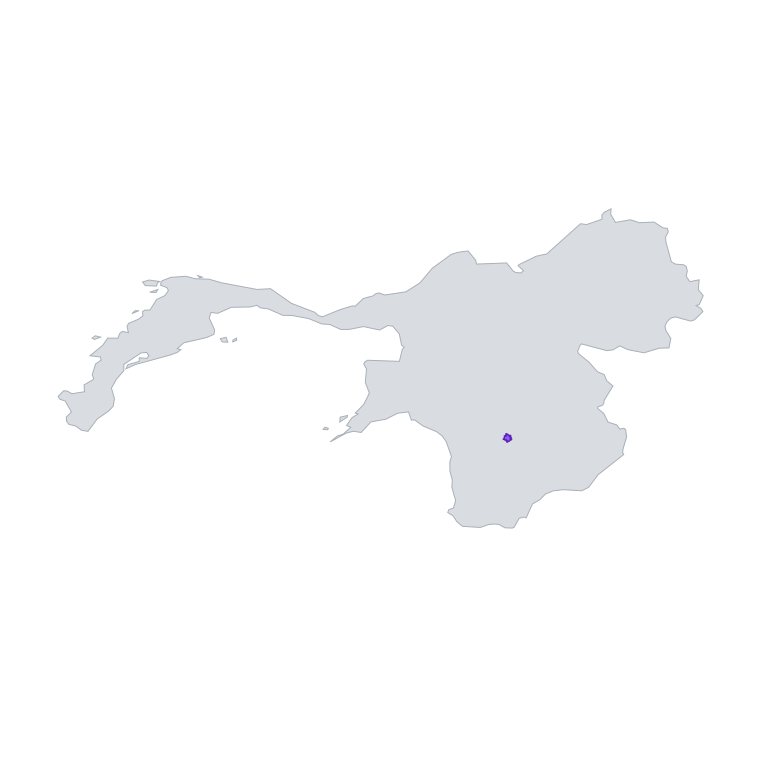 Na Dun, Maha Sarakham, Thailand shown in context, rotated 85°
{"feature_id": "78962969B11651744755844", "entity_name": "Na Dun", "entity_type": "district", "adm_level": 2, "iso_a3": "THA", "parent_name": "Thailand", "parent_adm1": "Maha Sarakham", "projection": "natural_earth1", "projection_center": [103.237, 15.719], "detail": "fine", "context": "in_parent", "style": "filled", "palette": "violet", "viewbox_px": 768, "rotation_deg": 85, "n_neighbors": 0, "source": "geoboundaries", "source_scale": "gbopen_adm2", "svg_char_len": 5372}
<svg xmlns="http://www.w3.org/2000/svg" viewBox="0 0 768 768"><g transform="rotate(85 384 384)"><path d="M332.4,63.1L333.0,66.2L336.0,62.1L339.7,60.0L347.2,69.2L348.0,73.2L342.6,87.8L343.4,92.8L346.8,96.8L351.0,99.1L355.4,98.5L363.7,94.3L372.9,97.0L372.3,106.7L375.6,122.2L371.0,138.1L366.6,145.8L369.9,152.7L370.2,159.1L361.3,183.7L363.0,185.6L368.6,188.3L370.9,187.4L380.2,177.8L390.5,170.2L393.7,163.9L400.2,161.8L406.0,156.1L419.3,166.0L422.8,166.9L424.5,168.6L425.2,172.7L426.9,173.4L432.4,167.7L441.5,164.1L445.1,155.6L449.4,153.1L449.0,148.9L450.3,147.3L457.8,146.9L469.2,151.4L473.2,152.3L475.1,151.3L493.0,178.6L504.7,189.1L507.6,196.2L504.9,214.6L505.2,225.0L507.8,233.0L512.7,238.6L516.4,246.5L529.8,254.1L528.7,256.1L529.6,261.1L538.0,266.8L538.7,268.7L537.8,276.1L533.9,281.7L533.1,286.3L533.1,292.0L535.3,300.6L532.6,318.3L527.6,323.3L521.1,326.9L517.6,331.7L514.9,330.5L513.6,325.6L506.4,322.8L492.6,325.4L485.7,324.3L476.5,325.9L467.4,325.2L462.1,323.1L447.0,327.0L440.7,330.6L436.1,335.7L429.3,348.7L422.4,356.7L422.4,359.9L413.9,362.0L414.3,373.0L419.2,385.1L420.6,400.3L430.3,411.0L428.4,418.5L429.6,425.8L437.0,442.7L431.6,434.7L430.5,429.2L424.2,420.8L422.1,425.0L414.7,418.7L411.6,412.4L410.4,415.2L403.1,406.4L395.6,401.6L391.4,399.4L380.9,402.5L367.5,400.1L362.3,402.4L360.2,401.0L358.9,398.3L362.8,366.7L351.2,362.8L349.2,360.7L346.7,363.1L335.4,364.4L327.2,370.2L326.1,375.0L329.8,383.7L325.0,399.4L326.6,414.2L325.9,422.3L320.1,432.6L318.7,440.8L312.2,453.4L307.8,469.4L306.8,478.7L299.1,492.8L297.3,500.7L294.5,503.7L295.6,510.1L294.3,529.5L299.1,543.6L297.7,550.1L303.0,552.4L315.5,548.0L319.7,549.1L322.3,556.8L325.5,579.9L330.8,586.9L332.1,583.4L334.5,587.1L336.4,594.0L343.0,630.3L346.4,639.8L342.4,637.4L340.2,625.9L336.6,625.5L337.8,618.3L335.5,615.7L331.8,617.7L331.9,623.4L341.8,641.5L348.0,642.0L355.8,650.0L364.3,655.9L375.1,653.8L382.5,655.7L386.9,660.6L393.9,672.8L405.4,683.1L403.6,689.5L399.1,694.6L396.7,701.4L393.6,703.4L389.3,703.4L384.7,697.8L373.3,703.0L370.8,708.3L367.9,709.7L362.9,703.8L363.3,700.5L366.5,695.6L365.6,683.0L358.8,682.9L354.3,673.5L352.8,672.6L349.6,674.0L338.8,669.5L335.6,663.7L332.4,664.2L330.2,674.3L320.8,660.7L314.2,655.2L315.2,645.1L310.7,642.9L308.8,640.1L310.5,634.1L304.4,635.0L301.5,633.4L297.9,622.5L294.9,618.2L290.9,618.2L289.6,616.1L289.9,610.7L280.0,603.1L276.8,594.5L272.1,590.6L269.1,591.8L266.1,597.9L263.8,597.5L261.7,595.8L259.2,587.2L259.4,572.0L262.6,563.2L264.4,549.0L269.0,537.1L278.7,502.4L279.2,488.7L295.6,469.2L306.5,446.8L310.1,443.5L311.7,439.4L306.1,421.4L303.5,408.9L303.9,405.7L297.0,397.2L295.3,387.4L293.4,384.4L292.8,381.2L295.4,375.5L294.1,354.2L286.5,339.5L272.9,325.8L260.8,305.8L259.2,298.7L258.8,288.6L268.7,281.9L272.6,281.4L274.1,251.3L282.6,245.6L284.4,243.1L285.3,238.0L283.3,235.1L277.8,240.1L276.8,239.0L270.0,221.3L268.6,210.5L241.5,174.3L242.8,168.2L238.9,152.5L234.8,152.3L232.1,149.5L229.3,142.5L234.6,143.4L243.2,139.4L241.9,124.2L245.6,115.5L246.2,100.9L252.8,92.4L253.7,88.1L257.3,87.6L262.0,90.7L267.0,90.8L287.3,87.1L290.0,83.2L291.3,75.2L293.3,72.7L297.9,72.0L303.1,73.6L308.7,70.4L307.7,61.0L317.4,62.7L323.8,58.3L332.4,63.1ZM266.6,602.0L265.2,613.3L261.3,615.6L260.0,609.0L262.3,598.5L263.4,600.9L266.6,602.0ZM328.7,536.0L328.0,541.5L324.6,543.2L323.7,537.2L328.7,536.0ZM413.8,423.5L418.0,431.3L413.2,430.6L412.2,423.1L413.8,423.5ZM312.9,670.8L310.8,667.5L312.6,662.3L314.4,668.6L312.9,670.8ZM273.0,603.3L272.1,609.4L270.2,601.0L273.0,603.3ZM328.8,531.1L327.0,530.5L325.4,526.9L327.7,527.0L328.8,531.1ZM289.6,621.8L291.9,629.0L289.3,625.6L289.6,621.8ZM424.6,444.0L424.0,448.6L421.9,446.7L423.2,443.3L424.6,444.0ZM262.1,558.3L259.8,560.0L261.7,555.7L262.1,558.3Z" fill="#d9dde1" stroke="#a8b0b8" stroke-width="1"/><path d="M444.2,266.6L444.4,266.8L445.0,266.4L445.4,266.3L445.5,266.6L445.4,267.1L446.0,267.4L446.2,267.5L446.3,267.5L446.3,267.8L446.4,267.7L446.4,267.8L446.5,268.0L446.8,268.2L446.8,268.3L446.9,268.5L447.0,268.5L446.9,268.5L447.0,268.6L447.3,268.6L447.5,268.7L447.7,268.8L447.9,268.9L448.0,268.9L448.3,268.9L448.5,268.9L448.7,269.0L448.8,269.0L449.0,269.1L449.1,269.3L449.2,269.5L449.3,269.5L449.2,269.6L449.3,269.7L449.3,269.8L449.5,269.8L449.5,269.7L449.5,269.4L449.5,269.2L449.6,268.9L449.8,268.9L450.1,268.6L450.2,268.4L450.3,267.9L450.7,267.5L450.6,267.4L450.5,267.2L450.8,267.2L451.0,267.1L451.1,266.8L451.1,266.7L450.9,266.6L451.0,266.4L451.3,266.4L451.4,266.5L451.5,266.5L451.6,266.8L451.8,266.9L452.2,266.4L452.3,266.4L452.4,266.2L452.5,266.2L452.2,265.6L452.0,265.2L452.0,264.9L451.9,264.8L451.9,264.7L451.8,264.4L451.6,263.9L451.0,263.2L450.7,262.9L450.4,262.7L450.5,262.5L450.4,262.5L450.2,262.5L450.2,262.4L450.1,262.5L449.9,262.4L449.9,262.5L449.8,262.4L449.8,262.5L449.7,262.5L449.5,262.4L449.4,262.5L449.3,262.4L449.2,262.4L449.1,262.5L448.9,262.7L448.9,262.8L448.7,262.9L448.7,263.0L448.4,263.0L448.3,262.9L448.2,262.9L448.1,262.7L448.2,262.4L448.2,262.2L448.0,262.3L447.9,262.5L447.5,262.5L447.4,262.5L447.2,262.5L447.2,262.4L446.9,262.4L446.8,262.5L446.7,262.5L446.4,262.4L446.3,262.5L446.5,262.8L446.7,263.3L446.3,263.3L446.2,263.5L446.1,263.8L446.0,264.0L446.0,264.3L445.9,264.3L445.7,264.5L445.6,264.8L445.4,264.9L445.4,265.0L445.5,265.0L445.4,265.1L445.1,265.1L444.8,265.3L444.6,265.8L444.7,266.0L444.6,266.3L444.4,266.4L444.2,266.5L444.2,266.6Z" fill="#8b5cf6" stroke="#5b21b6" stroke-width="1.5"/></g></svg>